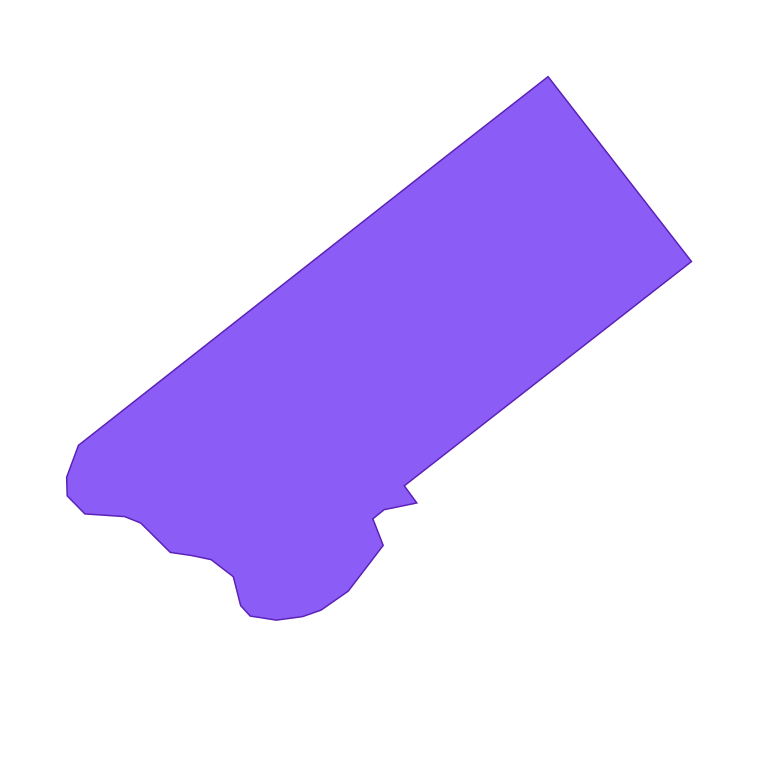 Oliver, North Dakota, United States of America (Robinson projection), rotated 142°
{"feature_id": "52423323B97337379799338", "entity_name": "Oliver", "entity_type": "district", "adm_level": 2, "iso_a3": "USA", "parent_name": "United States of America", "parent_adm1": "North Dakota", "projection": "robinson", "projection_center": [-101.106, 47.138], "detail": "fine", "context": "isolated", "style": "filled", "palette": "violet", "viewbox_px": 768, "rotation_deg": 142, "n_neighbors": 0, "source": "geoboundaries", "source_scale": "gbopen_adm2", "svg_char_len": 469}
<svg xmlns="http://www.w3.org/2000/svg" viewBox="0 0 768 768"><g transform="rotate(142 384 384)"><path d="M662.5,523.8L691.5,505.9L702.5,490.9L699.7,465.8L670.0,439.2L661.3,424.2L656.1,382.9L641.5,367.6L628.4,352.1L621.4,324.9L633.4,297.6L632.3,283.5L614.2,264.2L591.3,250.8L572.8,244.6L539.7,242.8L484.0,257.3L475.8,284.6L461.3,284.9L431.4,270.1L430.7,291.3L66.3,291.2L65.5,525.2L201.7,525.2L662.5,523.8Z" fill="#8b5cf6" stroke="#5b21b6" stroke-width="1.5"/></g></svg>